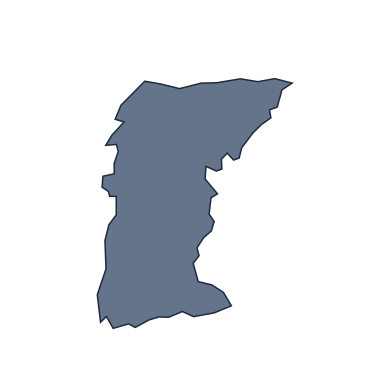 Denau, Surkhandarya, Uzbekistan, rotated 248°
{"feature_id": "79887680B8984486268693", "entity_name": "Denau", "entity_type": "district", "adm_level": 2, "iso_a3": "UZB", "parent_name": "Uzbekistan", "parent_adm1": "Surkhandarya", "projection": "mercator", "projection_center": [67.808, 38.294], "detail": "fine", "context": "isolated", "style": "filled", "palette": "slate", "viewbox_px": 384, "rotation_deg": 248, "n_neighbors": 0, "source": "geoboundaries", "source_scale": "gbopen_adm2", "svg_char_len": 965}
<svg xmlns="http://www.w3.org/2000/svg" viewBox="0 0 384 384"><g transform="rotate(248 192 192)"><path d="M87.7,88.6L89.5,104.4L88.5,114.7L84.6,123.4L84.8,138.3L75.8,146.8L71.6,167.4L71.8,185.9L87.1,183.5L98.3,175.7L106.6,164.2L125.5,166.4L130.3,174.7L138.3,175.7L145.3,185.6L148.6,195.3L156.4,201.5L165.2,199.6L179.5,207.5L180.7,215.0L199.1,209.0L210.5,214.6L202.3,222.4L202.1,228.3L211.4,231.6L214.8,239.2L206.0,242.5L205.8,248.4L214.3,254.6L223.9,270.5L228.6,281.8L231.2,292.9L239.1,294.7L238.8,302.8L253.0,313.7L255.5,325.6L266.1,311.2L269.6,294.4L278.8,279.3L284.0,255.9L289.5,241.3L292.5,219.2L303.9,203.4L312.4,189.7L299.1,158.7L288.2,148.0L282.4,155.2L274.6,138.9L267.6,129.5L264.4,139.7L257.2,138.8L247.4,130.4L238.0,126.7L240.0,115.3L230.1,110.4L223.8,114.7L218.8,114.0L216.3,120.1L199.2,113.2L192.8,102.7L179.6,93.1L153.0,83.5L132.2,65.7L105.5,58.4L108.6,66.0L95.1,67.8L93.5,83.7L87.7,88.6Z" fill="#64748b" stroke="#1e293b" stroke-width="1.5"/></g></svg>